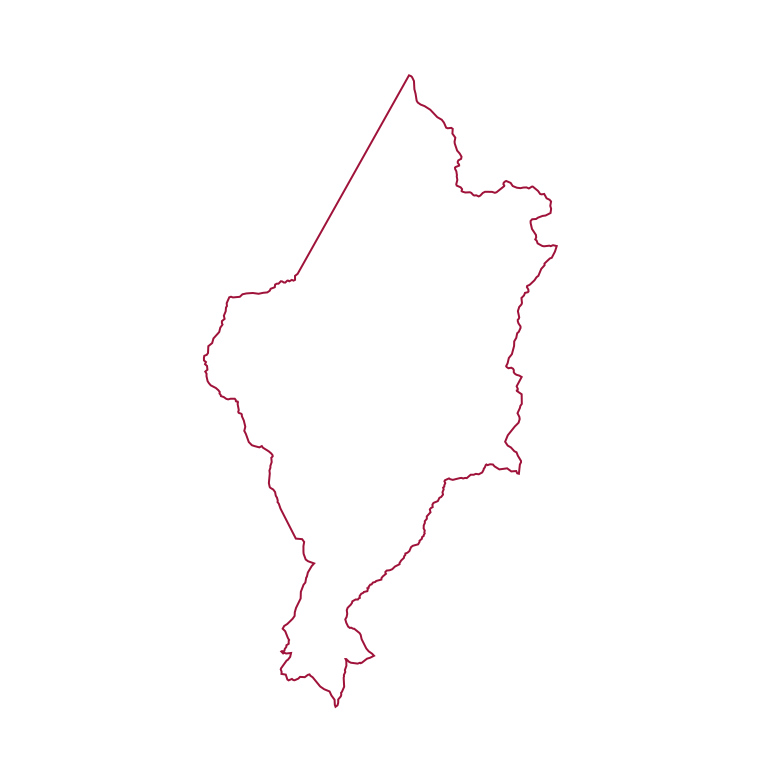 Toledo, Norte de Santander, Colombia, rotated 239°
{"feature_id": "7082276B12986735978418", "entity_name": "Toledo", "entity_type": "district", "adm_level": 2, "iso_a3": "COL", "parent_name": "Colombia", "parent_adm1": "Norte de Santander", "projection": "orthographic", "projection_center": [-72.39, 7.233], "detail": "fine", "context": "isolated", "style": "outline", "palette": "rose", "viewbox_px": 768, "rotation_deg": 239, "n_neighbors": 0, "source": "geoboundaries", "source_scale": "gbopen_adm2", "svg_char_len": 6166}
<svg xmlns="http://www.w3.org/2000/svg" viewBox="0 0 768 768"><g transform="rotate(239 384 384)"><path d="M635.7,564.4L522.9,366.7L522.5,363.4L519.1,361.4L519.2,359.7L520.7,358.6L520.8,355.7L522.1,355.0L522.4,354.3L521.8,351.6L522.6,350.4L524.3,349.6L525.2,348.5L524.3,345.3L525.2,343.8L525.3,341.9L523.2,340.2L524.0,335.9L522.8,334.1L522.6,331.2L524.4,327.4L525.9,323.0L529.6,318.4L532.5,312.7L533.8,308.9L533.0,305.3L536.0,299.1L537.6,297.8L538.0,296.0L534.3,290.8L531.7,289.5L530.9,287.9L527.9,285.8L525.0,281.9L521.9,280.9L521.4,277.5L519.7,276.4L518.1,276.2L516.7,272.8L513.4,269.5L510.9,261.3L507.6,257.8L506.9,252.9L501.2,249.1L500.3,247.1L500.7,244.5L499.3,243.2L496.9,241.8L494.5,242.7L493.2,240.8L490.6,241.6L487.2,240.0L486.7,237.2L484.2,237.2L482.2,235.9L477.4,234.3L475.2,234.3L472.1,234.8L467.2,237.8L464.1,238.8L461.8,239.1L460.5,238.1L458.8,238.4L457.6,238.0L455.4,239.9L452.4,241.2L451.1,242.5L450.4,244.9L448.2,248.5L446.6,248.7L445.6,248.2L445.0,248.4L444.4,249.5L443.7,249.5L442.2,248.2L436.5,246.1L435.2,244.7L434.1,244.6L431.9,246.4L431.1,246.4L429.6,245.6L424.8,245.0L418.8,243.1L415.8,240.1L412.4,239.9L403.9,238.2L399.6,239.2L397.4,241.1L393.9,244.5L393.7,247.3L391.8,247.4L385.7,250.5L382.4,251.6L380.3,251.8L379.3,251.3L378.8,249.4L374.9,247.5L372.3,244.4L370.7,243.5L368.8,241.2L366.1,240.0L358.4,234.3L354.6,233.0L353.6,233.1L350.6,234.7L347.5,235.0L344.0,233.7L341.6,233.7L338.8,232.9L337.6,231.9L335.7,232.2L330.5,231.1L296.9,228.8L293.2,233.9L289.7,234.2L286.6,231.5L281.6,228.5L279.7,227.6L273.9,226.5L271.2,227.6L266.2,231.7L265.2,228.3L261.6,221.6L258.5,218.6L258.2,217.7L254.3,214.3L253.4,211.7L248.7,205.7L243.1,202.1L237.4,193.3L234.3,190.0L231.2,187.9L229.8,184.7L228.1,177.5L228.0,173.8L226.4,171.1L223.0,172.0L215.8,170.8L213.4,170.8L212.9,170.0L210.4,168.5L210.3,165.8L209.0,164.9L208.0,162.5L206.7,161.3L206.5,160.4L207.6,158.9L207.6,158.2L205.0,158.8L205.0,160.1L203.4,161.3L201.3,165.8L198.4,163.0L197.1,159.5L197.1,158.1L193.3,149.3L192.6,148.5L190.0,148.0L188.3,146.8L185.5,150.1L180.5,149.0L179.1,149.6L178.6,153.2L176.9,153.8L176.1,154.8L175.6,158.8L176.2,161.2L173.5,165.1L173.9,169.0L173.4,170.6L172.0,170.6L169.4,171.8L157.6,173.5L153.2,175.5L148.5,179.0L144.1,178.5L138.8,179.0L134.3,176.6L132.3,176.2L132.5,178.6L134.4,180.6L137.2,182.3L138.5,186.1L139.6,187.3L141.4,188.2L141.8,189.4L145.0,193.9L153.1,198.2L153.9,199.1L155.2,199.7L157.1,202.5L158.9,203.1L161.8,206.6L166.1,209.1L168.0,209.4L167.6,210.0L164.0,210.9L162.2,212.0L157.9,217.4L157.4,219.9L156.7,220.2L156.5,221.4L157.3,228.0L156.5,231.1L156.2,235.5L158.9,234.9L162.7,233.2L166.4,232.6L176.8,233.4L181.0,234.8L183.0,234.8L189.6,232.4L190.0,231.6L192.1,230.3L192.5,229.1L194.5,228.3L198.8,228.7L202.2,229.6L203.5,231.9L205.9,234.1L209.3,235.6L210.9,237.6L212.0,242.0L212.9,243.9L214.0,244.9L213.9,248.7L212.7,250.6L213.3,252.1L213.1,253.1L214.8,253.9L215.9,256.4L215.7,258.8L216.1,259.6L215.0,263.0L216.4,264.4L217.5,264.6L217.2,265.9L218.1,266.4L219.1,268.9L218.6,270.1L219.5,272.2L218.8,274.7L219.2,275.8L217.7,281.0L219.0,282.0L219.7,283.9L220.3,287.9L221.1,287.8L222.2,288.4L222.7,290.2L221.4,293.0L221.0,295.7L221.9,299.4L221.5,304.5L222.5,305.1L223.9,307.9L224.7,311.5L226.0,312.6L226.4,314.1L227.7,315.0L227.3,317.1L227.7,319.7L230.2,323.1L230.5,325.3L229.0,330.7L230.4,333.2L231.3,333.7L231.8,336.7L233.2,337.9L233.3,339.7L234.3,340.6L234.9,341.9L236.1,342.2L237.3,343.4L239.8,343.6L242.4,345.3L243.8,347.4L245.4,348.3L246.4,351.3L248.5,352.5L250.1,357.8L252.9,358.7L253.5,360.3L253.4,362.3L255.7,363.4L256.6,365.2L255.9,369.8L257.9,372.9L257.7,374.8L258.8,377.6L261.1,378.4L263.0,380.9L264.7,381.3L265.0,382.8L266.2,383.6L267.5,385.5L269.5,385.7L270.1,386.7L269.6,391.1L268.3,391.7L266.4,393.6L264.2,400.8L263.5,402.2L262.3,403.1L261.7,405.2L260.7,406.5L261.6,411.6L260.0,414.2L259.7,416.4L257.8,418.7L257.6,422.6L259.3,425.4L260.1,426.0L260.5,427.4L262.1,429.4L262.3,430.3L261.1,431.0L260.6,433.5L258.9,435.9L256.5,436.3L251.4,438.9L248.3,446.1L243.5,448.1L241.3,452.5L238.8,452.2L237.6,453.4L245.0,459.0L246.4,461.2L247.5,461.8L253.6,461.8L257.2,462.4L259.2,461.1L264.3,460.1L267.5,458.3L272.1,458.1L276.3,463.7L280.2,474.2L281.5,479.4L284.0,482.2L286.1,483.1L290.2,483.4L293.5,488.2L295.0,489.6L296.0,491.9L304.3,496.7L309.6,494.3L310.1,494.5L310.1,495.6L311.0,496.2L313.7,496.5L319.1,505.6L321.5,504.3L323.8,502.2L325.6,501.4L327.3,501.3L329.0,502.4L330.6,502.5L332.4,501.5L333.4,498.8L335.3,497.9L336.4,497.9L338.1,500.6L342.0,504.4L343.7,509.0L349.6,515.1L353.5,517.6L355.4,521.1L358.9,524.3L359.3,526.4L361.7,529.9L363.1,530.7L366.7,530.5L368.9,531.0L370.1,531.7L370.5,533.1L371.4,534.2L377.5,536.3L380.4,539.6L381.4,542.8L382.4,544.0L386.9,546.1L387.8,549.6L389.5,551.8L388.6,554.5L388.9,555.5L390.7,556.4L393.5,556.4L394.3,557.2L394.0,559.8L394.3,561.5L395.4,566.4L397.0,569.8L397.2,572.0L401.7,578.1L403.1,582.8L404.6,583.6L406.2,590.8L405.8,592.8L409.5,598.8L413.3,603.1L415.9,600.4L416.3,597.9L417.4,597.0L419.6,592.1L420.9,590.7L425.4,588.1L428.4,588.7L430.0,588.1L431.2,589.9L433.4,591.0L440.7,590.7L446.5,592.6L448.2,593.6L448.9,595.8L447.1,599.4L447.3,601.6L446.4,606.5L445.2,609.3L444.8,614.8L448.1,617.5L451.1,618.3L454.4,621.2L456.7,620.8L459.4,619.0L464.4,619.2L465.4,616.7L466.5,615.7L470.0,615.5L476.6,613.2L477.0,612.6L477.0,608.9L479.1,607.4L480.6,604.7L481.6,601.8L483.9,598.9L487.4,596.3L491.2,596.1L495.1,593.3L495.2,591.5L494.6,589.9L493.6,589.2L492.3,589.4L491.7,588.9L490.4,579.2L490.8,577.5L493.1,575.5L496.7,569.6L496.9,567.1L495.9,563.6L496.0,561.8L498.2,560.3L499.1,558.4L500.5,557.7L502.8,557.3L504.1,556.4L506.3,552.3L508.6,550.2L509.5,549.9L510.8,551.3L513.1,551.0L516.6,548.5L518.0,548.8L521.2,552.0L524.4,553.2L525.5,554.1L529.2,555.6L531.6,555.7L532.9,556.3L533.1,557.1L532.5,560.9L533.5,561.4L535.5,561.1L536.6,561.7L537.4,562.9L537.3,566.1L538.9,567.5L542.4,567.6L546.4,566.9L553.7,568.5L555.4,569.3L558.4,572.0L563.4,571.6L567.3,574.3L568.9,573.6L570.4,570.3L571.7,569.3L577.1,570.0L580.8,569.6L585.3,567.1L595.3,564.9L601.3,561.9L604.7,559.3L607.9,557.9L610.0,557.9L616.4,560.5L621.1,561.9L628.2,565.7L632.7,566.1L634.0,565.7L635.7,564.4Z" fill="none" stroke="#9f1239" stroke-width="2"/></g></svg>